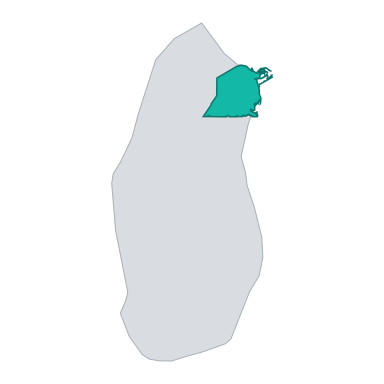 location of 75, Al Khawr, Qatar
{"feature_id": "91078587B7321304158437", "entity_name": "75", "entity_type": "district", "adm_level": 2, "iso_a3": "QAT", "parent_name": "Qatar", "parent_adm1": "Al Khawr", "projection": "natural_earth1", "projection_center": [51.575, 25.836], "detail": "fine", "context": "in_parent", "style": "filled", "palette": "teal", "viewbox_px": 384, "rotation_deg": 0, "n_neighbors": 0, "source": "geoboundaries", "source_scale": "gbopen_adm2", "svg_char_len": 5427}
<svg xmlns="http://www.w3.org/2000/svg" viewBox="0 0 384 384"><path d="M202.5,351.9L186.5,356.3L171.5,361.0L158.9,360.8L148.9,359.0L142.2,354.5L129.3,336.5L120.3,313.2L125.9,300.2L127.8,292.1L115.6,230.6L111.7,183.4L113.2,173.8L120.2,162.6L131.9,138.0L138.2,114.3L155.8,59.6L174.4,38.5L201.7,23.0L224.1,53.3L251.3,76.4L256.5,102.2L248.4,123.3L241.1,156.8L245.5,172.2L247.1,185.5L254.5,207.9L261.7,236.9L262.9,257.1L259.1,275.8L249.6,291.6L230.9,338.9L225.3,343.8L202.5,351.9Z" fill="#d9dde1" stroke="#a8b0b8" stroke-width="1"/><path d="M203.2,116.6L208.2,116.6L208.2,115.9L209.7,115.9L209.7,116.6L226.5,116.8L226.5,116.0L229.2,116.0L229.2,116.7L236.2,116.8L236.2,115.9L237.7,116.0L237.7,116.6L242.2,116.6L242.2,116.0L243.1,116.0L243.1,115.4L244.3,115.5L244.3,116.1L246.1,116.1L246.3,115.4L247.3,115.4L247.3,114.9L247.9,114.9L247.9,114.4L249.5,114.4L249.5,115.1L249.9,115.1L249.9,115.5L251.2,115.5L251.2,116.0L252.4,116.0L252.4,116.7L257.2,116.7L257.2,115.9L257.6,115.9L257.6,114.8L257.0,114.8L257.0,112.1L256.7,112.2L256.3,112.3L256.3,112.5L256.0,112.7L256.0,113.3L256.1,113.7L256.1,114.0L255.6,113.3L255.1,113.2L255.0,113.3L254.7,112.9L254.0,112.8L253.3,112.4L252.6,112.2L252.4,111.9L252.2,111.2L252.4,111.3L252.3,111.2L252.2,111.1L250.8,111.0L250.9,110.8L250.7,110.6L250.6,110.3L250.7,110.1L250.5,109.6L250.5,109.2L250.3,108.9L250.6,109.1L250.6,108.7L250.7,109.1L250.9,109.5L251.6,109.6L252.1,109.9L252.2,110.2L252.2,110.4L252.1,110.5L252.6,110.7L253.7,110.6L254.6,110.3L254.7,110.0L254.6,109.5L254.6,109.1L254.8,108.7L254.8,108.4L254.6,108.2L254.5,107.8L254.8,106.3L254.9,106.0L255.3,105.7L255.3,105.4L255.6,105.1L255.8,104.8L256.0,104.7L256.3,104.5L256.4,104.0L256.3,103.8L255.7,103.6L255.6,103.8L255.3,103.9L255.4,103.6L255.3,104.0L255.1,104.0L255.0,104.6L254.8,104.7L254.8,104.8L254.6,104.9L254.6,105.0L254.4,104.8L254.1,104.6L254.4,104.4L254.4,104.2L254.5,104.1L254.6,103.8L254.8,103.5L255.5,103.2L256.4,103.3L256.5,103.2L256.9,103.3L257.2,103.2L257.3,103.5L257.7,103.0L257.7,102.8L257.9,103.0L257.8,102.5L258.0,102.6L258.2,102.2L258.4,102.3L258.4,102.1L258.5,102.0L258.5,102.3L258.6,102.2L258.6,101.9L258.7,101.7L258.8,101.7L259.0,100.2L259.8,99.9L260.0,100.0L260.0,100.3L260.0,100.2L260.3,100.2L260.5,100.1L260.5,100.6L260.4,100.8L260.5,101.4L260.4,101.4L260.4,101.8L260.5,101.8L260.5,102.2L260.6,102.5L260.4,102.7L260.3,103.8L260.4,103.7L260.5,103.1L260.7,100.0L260.9,99.3L260.8,97.8L260.5,96.8L260.2,96.3L259.6,95.0L259.3,93.6L259.3,91.6L259.4,91.4L259.4,90.8L259.2,90.1L259.3,90.0L259.0,89.2L258.9,88.6L259.0,88.6L258.8,87.9L258.8,87.4L258.9,86.9L259.3,86.9L259.3,87.1L259.4,86.8L259.5,87.1L259.5,86.8L258.8,86.9L258.6,86.2L258.9,86.2L258.6,86.2L258.5,85.9L258.5,85.7L258.4,85.2L272.3,77.2L271.4,75.7L271.8,75.2L271.7,75.2L271.3,75.6L270.7,74.9L271.2,75.6L271.2,75.9L271.6,76.3L272.2,77.2L271.6,77.6L271.3,77.2L270.4,77.7L269.7,76.4L270.0,77.1L269.6,77.3L269.6,77.2L269.1,77.5L268.8,76.9L269.4,78.2L269.1,78.4L268.8,77.8L268.9,78.3L268.3,78.5L268.5,78.8L268.1,79.0L267.6,78.2L267.6,78.3L267.0,78.7L267.3,79.4L267.3,79.5L267.4,79.9L264.7,81.5L264.5,81.1L264.1,81.3L264.3,81.7L258.5,85.0L258.3,85.0L257.8,84.0L257.1,81.7L256.8,79.9L256.9,79.0L254.9,79.1L254.9,78.9L255.1,78.9L256.9,78.8L256.7,78.7L255.1,78.8L254.9,78.9L256.7,78.7L256.9,78.5L261.5,78.6L265.0,76.5L267.2,75.4L267.6,76.2L267.8,76.1L266.9,74.2L266.7,74.3L267.0,75.1L266.8,75.2L266.7,75.1L266.1,75.5L265.4,76.0L264.7,74.6L265.3,76.1L261.5,78.3L259.0,78.3L260.1,76.0L260.0,75.7L260.0,75.3L259.8,75.4L259.7,75.0L262.9,73.1L263.0,73.3L263.2,73.2L263.7,72.7L264.2,73.8L264.3,73.8L263.8,72.7L264.5,72.2L264.7,72.9L264.9,72.8L264.6,72.2L265.4,71.7L267.1,72.0L267.8,73.4L267.2,71.9L265.2,71.6L264.6,71.9L264.7,71.5L264.6,71.9L264.4,72.0L264.3,71.9L264.2,71.5L264.3,72.1L263.9,72.3L263.7,71.8L263.7,71.7L263.5,71.8L263.8,72.3L263.5,72.5L263.2,72.0L263.3,72.6L261.0,73.9L260.2,72.7L259.1,73.5L258.6,72.9L258.9,72.7L259.0,72.7L259.7,71.9L259.7,72.0L259.8,71.9L260.2,71.5L260.7,72.3L260.9,72.2L260.8,71.9L261.1,71.6L261.4,71.4L261.5,71.4L262.1,72.2L262.1,71.9L262.5,71.7L261.8,70.7L260.1,71.3L259.9,71.1L259.6,71.5L259.5,71.3L259.6,71.1L260.8,69.7L261.2,70.2L261.4,70.1L261.2,70.1L260.9,69.7L261.5,69.0L262.1,69.2L262.1,69.3L262.2,69.2L262.9,69.5L263.0,69.6L263.5,69.8L263.6,70.1L263.7,69.9L264.2,70.3L264.4,70.2L264.8,70.4L264.9,70.7L265.0,70.5L264.5,70.2L264.4,70.1L261.7,68.8L263.1,68.5L263.1,68.8L263.3,68.8L263.7,69.4L263.9,69.2L263.7,69.2L263.2,68.6L265.6,68.0L266.0,68.0L268.8,69.8L268.4,70.7L268.9,69.9L269.7,70.6L269.8,70.5L270.5,71.0L271.5,71.3L270.4,70.9L266.1,67.9L265.3,67.8L262.2,68.4L261.1,68.4L260.8,68.6L260.5,68.8L256.9,72.3L256.7,72.5L256.7,72.9L256.2,72.9L254.2,71.7L252.7,71.1L253.0,70.3L253.0,70.1L252.8,70.0L252.5,70.1L252.0,69.9L252.5,68.4L252.1,69.4L251.8,70.8L251.6,70.7L251.5,70.8L250.9,70.5L251.0,70.4L250.9,70.4L250.4,70.1L251.3,69.0L251.8,68.3L251.8,68.2L251.9,68.4L251.9,68.2L252.5,67.8L251.8,68.2L251.3,69.0L250.4,70.0L248.0,67.9L247.9,67.5L247.6,67.4L247.3,67.1L247.3,66.9L246.9,66.8L246.5,66.5L246.5,66.4L245.3,65.9L244.6,65.8L244.6,65.7L243.1,65.5L243.0,65.2L243.0,65.4L242.9,65.5L241.6,65.4L241.5,65.2L241.5,64.4L241.4,65.4L240.3,65.5L240.2,65.3L240.2,65.5L239.3,65.8L239.2,65.5L239.3,65.6L239.2,65.4L238.9,65.3L239.0,65.3L238.8,65.5L238.9,65.9L238.4,66.0L238.3,65.9L238.4,66.0L237.8,66.1L237.1,66.3L236.7,66.4L216.9,78.0L216.7,95.9L211.2,103.7L211.1,105.0L203.2,116.6Z" fill="#14b8a6" stroke="#0f766e" stroke-width="1.5"/></svg>